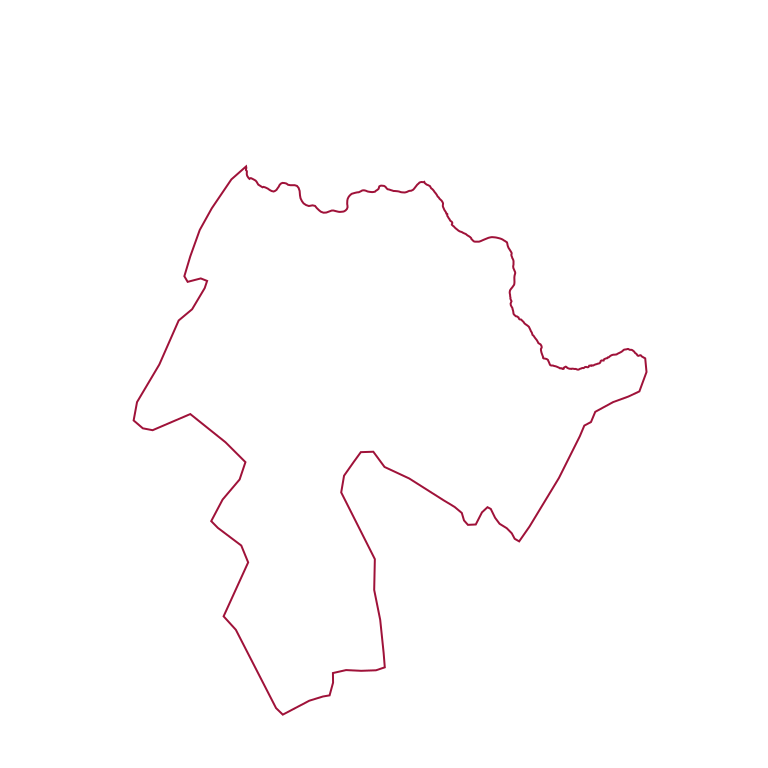 Toledo, Canelones, Uruguay, rotated 154°
{"feature_id": "84410073B33780551405566", "entity_name": "Toledo", "entity_type": "district", "adm_level": 2, "iso_a3": "URY", "parent_name": "Uruguay", "parent_adm1": "Canelones", "projection": "mercator", "projection_center": [-56.115, -34.726], "detail": "fine", "context": "isolated", "style": "outline", "palette": "rose", "viewbox_px": 768, "rotation_deg": 154, "n_neighbors": 0, "source": "geoboundaries", "source_scale": "gbopen_adm2", "svg_char_len": 6166}
<svg xmlns="http://www.w3.org/2000/svg" viewBox="0 0 768 768"><g transform="rotate(154 384 384)"><path d="M630.0,245.5L624.9,228.0L623.1,140.0L619.9,131.2L590.0,132.1L575.9,129.9L569.4,128.0L560.7,137.9L556.6,146.6L543.5,143.5L530.2,136.2L516.7,130.2L507.5,129.0L502.2,142.5L490.8,173.7L483.1,203.2L469.0,230.6L470.0,305.3L460.1,319.1L445.6,327.1L434.7,332.9L423.3,327.8L419.9,309.2L402.8,288.1L381.5,253.5L374.4,242.5L370.6,234.0L371.9,226.3L370.3,220.6L363.1,217.5L352.2,225.7L345.0,227.9L342.8,224.9L342.8,215.1L341.4,207.7L336.9,200.6L334.6,193.8L334.4,187.6L331.5,183.3L315.7,192.1L267.9,222.9L230.9,251.2L222.2,258.8L214.6,259.1L206.3,266.4L186.0,267.3L169.9,265.6L157.7,265.4L142.8,279.7L138.0,292.5L138.4,293.3L139.0,293.8L139.4,294.6L139.9,295.2L140.3,296.0L140.5,297.0L141.0,297.5L142.0,297.7L142.7,297.7L143.2,297.9L143.7,298.7L143.7,299.4L143.9,300.3L144.3,301.1L144.7,301.8L145.0,303.6L145.4,304.3L145.9,305.5L146.7,306.3L147.3,306.6L148.1,307.0L148.6,307.6L149.0,308.3L149.7,308.7L150.5,308.8L151.3,309.0L152.4,309.4L153.3,309.6L154.3,309.4L155.1,309.1L156.2,308.9L157.3,308.8L161.0,308.8L161.9,308.6L163.7,309.2L164.8,309.7L165.9,310.0L167.0,310.1L168.4,310.0L170.2,309.5L171.2,309.8L171.9,309.3L172.6,309.6L174.8,309.8L175.4,309.7L175.9,309.2L176.3,308.8L177.1,309.2L177.8,309.7L178.5,309.8L179.2,309.6L179.7,308.9L180.4,308.6L180.9,308.2L181.3,308.2L182.1,308.3L183.1,308.6L184.0,308.6L184.9,308.8L186.4,309.0L187.3,308.9L187.8,308.9L188.4,309.3L189.3,309.8L189.6,309.4L190.1,309.7L190.6,310.2L191.6,310.5L192.2,310.0L192.8,309.6L193.5,309.7L194.1,310.1L194.9,310.8L195.9,311.1L196.9,310.9L197.4,310.8L197.9,310.9L198.4,311.3L199.1,311.5L200.1,311.5L200.9,311.7L201.7,311.7L202.7,311.6L203.6,312.0L204.2,312.5L205.0,313.5L205.9,313.8L207.0,314.6L208.3,315.4L209.0,315.4L209.6,315.9L210.1,316.1L210.7,316.5L211.4,317.2L212.2,318.1L212.5,319.2L213.0,319.9L214.1,319.9L215.2,319.8L215.7,319.0L216.5,319.0L216.9,319.3L217.1,319.9L217.8,320.2L218.0,320.7L218.9,320.9L219.6,322.0L221.2,323.9L222.0,324.7L223.3,325.7L224.0,326.5L225.4,327.2L226.1,327.8L226.4,328.6L226.2,331.2L226.2,332.7L226.1,333.8L226.9,335.2L228.5,336.5L229.2,336.9L229.6,337.8L229.1,338.7L229.1,339.7L228.7,343.2L228.2,345.3L227.6,346.7L226.3,347.6L225.8,348.9L225.9,350.9L226.6,352.0L227.3,353.0L227.3,354.7L227.5,356.9L227.8,358.0L228.2,360.1L228.3,361.1L228.5,362.0L229.0,363.0L228.8,364.2L228.6,365.5L228.8,367.0L228.7,368.8L228.7,370.6L228.7,372.0L229.3,373.3L229.8,374.3L230.5,375.5L231.2,377.0L231.3,378.3L232.0,380.3L232.5,381.8L233.8,382.7L234.1,383.7L233.9,384.8L234.4,385.6L234.9,386.5L235.8,387.1L236.6,389.1L236.8,390.3L236.1,392.4L235.8,393.6L235.6,395.1L235.3,395.8L235.4,397.0L235.5,399.1L235.0,400.7L233.7,402.0L233.1,402.5L233.1,403.7L233.0,405.3L232.5,406.1L232.2,407.4L231.5,409.1L231.3,410.1L230.8,411.4L229.7,412.9L228.2,413.8L226.4,414.6L223.5,416.2L222.9,417.0L222.0,418.5L221.3,420.1L220.1,422.7L219.2,424.1L217.4,426.2L217.1,427.1L216.9,431.5L216.3,433.2L215.3,434.5L214.4,436.3L213.8,437.5L213.5,438.5L213.4,439.8L213.5,440.8L213.3,441.8L213.2,443.4L212.8,444.5L212.2,445.0L211.8,446.2L211.9,447.1L212.0,448.3L212.1,449.3L212.2,450.3L212.4,451.8L212.2,454.1L211.6,456.3L211.4,457.4L212.6,459.5L213.3,460.5L214.1,461.9L215.0,463.0L216.1,464.1L217.3,465.1L218.5,466.1L219.6,466.9L220.9,467.7L222.6,468.7L224.2,469.2L226.1,469.6L230.6,469.9L232.6,470.0L233.7,470.0L234.9,470.1L236.3,470.3L239.9,472.1L240.7,472.8L241.0,473.5L241.2,474.0L241.7,475.6L241.9,476.1L241.7,476.9L241.9,477.5L242.2,478.4L242.5,478.8L243.0,479.8L243.6,480.6L244.1,481.5L244.7,482.9L246.7,485.2L247.0,485.9L247.6,486.5L248.1,487.1L248.8,487.7L249.3,488.4L249.8,489.1L250.6,490.9L251.1,491.9L251.5,492.9L251.9,493.9L252.1,494.9L252.6,495.8L253.0,496.8L253.2,497.5L252.8,498.0L252.2,498.5L251.9,499.2L252.0,500.1L252.8,501.6L252.9,502.6L252.9,503.6L253.1,504.4L253.2,505.3L253.2,506.2L253.4,507.2L253.1,508.4L252.6,508.9L252.7,509.4L253.3,509.9L253.1,510.9L253.1,511.7L253.4,513.5L253.4,514.6L253.3,517.1L253.2,517.9L252.9,518.6L252.2,519.7L251.7,520.6L251.7,522.4L251.9,523.6L252.9,526.3L253.0,527.6L253.6,529.0L253.6,530.4L253.9,532.5L254.4,534.5L254.6,536.1L255.1,537.9L255.8,539.2L255.9,540.6L255.9,541.6L257.1,543.3L258.3,544.6L259.3,546.8L259.2,548.0L259.8,548.0L260.6,548.4L261.7,549.1L262.4,549.3L263.8,549.5L265.1,549.0L266.7,548.6L271.4,546.3L272.8,545.8L274.8,545.8L276.6,546.5L278.2,546.6L279.4,546.6L281.3,547.0L282.6,547.7L283.8,548.4L284.7,549.0L286.1,550.4L287.5,551.4L289.3,552.5L290.8,553.3L291.7,554.2L292.9,555.3L294.1,556.5L295.4,557.5L295.8,558.5L296.0,559.4L296.2,560.4L296.7,561.4L297.1,562.0L298.2,562.7L299.3,563.4L300.2,563.7L301.5,563.7L302.3,563.0L302.6,562.5L303.5,561.7L304.9,561.4L306.7,561.2L307.8,560.8L309.3,561.2L310.6,561.7L311.9,562.5L313.1,563.3L314.3,564.2L315.7,565.8L317.1,566.9L318.7,567.5L319.9,567.4L322.6,567.4L324.1,568.0L326.2,568.5L329.6,569.1L331.0,568.8L332.5,568.3L334.0,567.5L335.5,566.3L336.6,564.9L337.4,563.4L338.2,561.9L338.6,560.5L339.3,558.8L340.7,557.5L342.6,556.8L344.6,556.7L346.1,557.2L348.2,558.0L349.5,558.8L351.9,560.8L353.4,562.1L354.9,562.8L357.8,563.1L360.7,563.4L363.3,564.5L365.2,566.5L366.2,568.6L367.3,571.6L367.9,574.3L369.9,575.9L373.5,576.9L375.6,579.0L377.1,581.6L377.6,584.3L377.6,587.5L376.8,590.4L375.2,594.5L374.8,597.7L375.4,600.2L377.2,601.9L378.9,602.7L380.8,603.6L382.9,605.1L383.8,606.9L385.3,608.2L387.2,609.3L389.0,609.3L390.7,608.6L392.1,607.5L394.0,606.5L395.5,605.6L397.4,605.3L398.8,605.4L400.4,606.7L401.7,608.5L402.7,610.4L403.7,611.7L404.5,612.7L405.9,614.0L406.9,614.0L407.5,614.9L408.4,616.4L409.6,618.3L409.9,621.9L410.3,623.2L411.3,624.7L412.4,626.2L413.4,627.4L414.2,627.6L414.9,627.3L415.3,628.0L415.5,629.1L415.7,630.9L415.5,632.3L414.9,633.7L414.2,634.8L414.0,635.8L414.3,636.7L413.9,637.5L413.0,638.6L412.6,640.0L431.5,634.8L461.8,617.4L482.1,603.2L502.2,583.6L516.2,568.4L515.7,561.9L502.4,559.2L497.8,554.2L503.1,548.8L523.7,535.3L540.7,531.1L577.4,500.0L613.9,476.0L625.0,461.0L620.2,449.9L612.2,443.9L571.3,441.9L552.0,401.1L542.8,374.5L555.6,361.5L579.7,350.9L599.4,336.5L596.4,327.5L583.1,301.4L584.3,283.2L630.0,245.5Z" fill="none" stroke="#9f1239" stroke-width="2"/></g></svg>